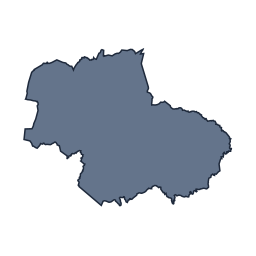 outline of Cotija, Michoacán, Mexico, rotated 276°
{"feature_id": "50627088B95001723612139", "entity_name": "Cotija", "entity_type": "district", "adm_level": 2, "iso_a3": "MEX", "parent_name": "Mexico", "parent_adm1": "Michoacán", "projection": "albers", "projection_center": [-102.699, 19.751], "detail": "fine", "context": "isolated", "style": "filled", "palette": "slate", "viewbox_px": 256, "rotation_deg": 276, "n_neighbors": 0, "source": "geoboundaries", "source_scale": "gbopen_adm2", "svg_char_len": 5739}
<svg xmlns="http://www.w3.org/2000/svg" viewBox="0 0 256 256"><g transform="rotate(276 128 128)"><path d="M115.6,232.5L116.8,232.4L117.3,232.8L118.4,232.9L118.5,232.5L118.1,231.5L118.4,231.2L119.9,231.0L120.6,231.4L121.3,231.4L122.0,231.2L122.8,230.3L124.3,230.9L125.4,231.1L127.1,230.7L127.9,231.3L128.2,230.0L129.1,230.1L129.7,229.7L133.6,225.9L133.7,225.0L134.3,224.6L134.2,223.9L135.3,222.9L134.9,221.5L135.3,221.2L136.2,221.5L137.0,220.8L138.2,220.9L138.8,219.1L140.1,219.0L140.2,217.4L140.9,216.9L140.9,215.0L141.9,215.1L143.8,213.9L144.0,212.3L144.5,211.9L143.8,210.4L144.1,210.0L143.1,206.5L144.1,205.6L144.5,204.8L145.5,204.7L145.5,204.3L144.9,203.5L146.1,202.2L146.1,201.4L148.1,199.5L148.6,199.7L149.3,198.5L149.1,198.2L149.3,197.9L150.6,196.6L150.4,195.4L151.5,194.4L151.1,193.2L151.2,192.6L151.6,192.0L151.4,189.8L150.8,189.1L150.8,188.3L150.2,187.8L150.1,187.0L150.5,186.2L151.1,185.9L150.8,185.6L150.6,185.1L150.9,184.8L150.9,184.1L151.7,181.9L151.3,180.4L152.1,180.1L153.1,179.3L153.4,178.8L153.6,177.8L153.3,176.5L152.4,175.8L152.3,175.4L152.5,174.7L152.1,174.3L152.1,173.4L151.7,172.1L151.7,170.5L152.8,168.7L153.6,168.0L154.6,167.7L158.4,161.6L158.0,161.4L157.5,160.7L157.1,159.5L157.1,157.8L155.4,156.5L154.3,154.7L153.7,152.6L153.6,150.0L153.3,149.3L154.3,149.0L158.4,149.0L159.4,148.8L160.7,149.5L161.7,149.3L162.2,148.5L164.7,146.7L165.3,145.3L165.7,143.5L166.9,143.3L168.8,144.0L169.7,144.2L171.2,143.8L192.6,134.8L193.8,134.5L203.7,135.8L202.9,132.7L206.0,133.8L207.3,134.6L207.8,134.7L206.6,132.8L202.7,127.7L204.8,126.6L206.5,124.0L206.4,122.1L204.9,119.2L204.9,113.9L205.4,114.0L202.6,112.4L201.2,110.8L201.2,109.4L200.3,107.4L198.1,104.7L198.5,100.8L196.9,96.8L197.4,96.8L197.3,96.0L202.7,95.7L203.2,93.9L202.5,93.1L200.4,92.6L199.9,92.3L199.3,91.3L193.0,89.3L193.0,88.9L193.6,87.4L194.0,86.8L194.4,86.5L192.6,86.2L192.4,85.4L191.9,84.7L192.2,84.5L191.8,84.0L191.5,82.8L192.2,82.4L192.4,81.7L193.2,80.8L193.2,80.2L193.7,79.9L193.7,79.1L194.2,77.5L194.2,77.2L193.1,76.9L193.4,76.1L193.2,74.8L191.7,74.7L191.7,74.3L190.7,73.6L190.6,72.9L189.2,72.9L187.8,71.5L187.8,71.2L187.0,70.9L185.4,69.8L181.8,68.1L180.0,67.7L183.5,65.6L183.4,63.9L183.8,62.9L184.6,61.8L185.0,60.6L186.0,59.6L186.2,58.9L186.4,56.3L188.3,50.1L185.2,45.4L183.9,42.7L184.2,41.7L184.0,41.4L184.9,40.8L184.8,40.6L183.7,40.5L183.7,39.4L183.4,38.5L183.7,37.7L183.5,37.1L181.9,36.1L176.3,28.5L175.7,28.7L174.8,27.6L173.3,26.4L163.0,24.4L154.0,23.6L152.0,24.2L146.9,23.4L146.0,23.1L146.0,24.2L145.7,24.6L145.7,28.1L145.2,31.0L145.2,33.5L144.6,34.3L144.9,35.0L143.7,35.8L141.9,36.2L140.6,35.4L136.0,36.7L127.2,35.3L122.7,33.9L120.0,33.6L117.2,32.6L116.3,25.8L105.7,25.8L104.9,31.8L102.8,33.7L100.1,35.0L100.3,35.4L98.8,38.3L98.4,39.8L101.6,42.1L103.4,42.7L103.0,44.4L103.2,45.0L104.0,45.3L104.1,46.0L103.3,46.8L102.9,47.6L103.3,49.2L103.3,52.5L103.8,53.4L104.5,54.1L105.3,55.5L106.3,56.6L106.3,57.5L106.0,57.9L104.5,59.2L103.7,59.4L103.7,60.0L103.1,61.2L103.2,61.6L97.9,63.4L93.9,70.4L92.9,70.4L92.2,70.8L91.5,70.5L91.3,70.7L92.2,71.6L92.4,72.1L93.8,72.1L94.5,73.5L94.2,73.8L94.5,74.2L95.2,74.2L95.1,74.4L95.6,74.6L96.6,74.9L96.8,75.2L96.7,77.1L98.0,78.4L97.6,79.0L99.2,80.0L100.5,82.1L100.3,82.8L100.4,83.4L98.8,83.3L98.7,83.8L97.0,84.5L97.0,85.0L96.6,86.0L96.4,85.8L95.1,86.0L93.8,85.4L93.5,85.5L93.3,84.5L93.1,84.4L92.7,84.9L91.4,85.0L90.8,84.8L90.3,85.0L90.1,84.6L88.2,87.4L87.7,87.8L87.6,88.8L86.3,88.5L85.2,87.3L83.8,87.9L82.2,87.9L81.3,87.3L80.6,87.7L80.1,87.3L80.2,87.2L78.7,86.6L77.4,85.5L74.7,85.6L73.9,84.8L73.3,85.4L72.8,85.3L72.0,84.6L71.6,84.0L70.7,83.6L70.1,83.9L69.2,84.9L68.4,85.0L65.9,84.5L65.6,84.7L65.6,85.2L64.6,85.5L48.2,109.5L52.6,110.9L53.2,112.3L53.0,114.0L52.2,116.6L52.3,117.6L52.9,119.1L55.0,121.4L55.3,122.3L54.8,123.1L54.0,123.2L53.1,124.6L51.5,126.4L51.3,127.1L50.1,127.6L49.9,128.1L50.3,128.9L51.6,129.1L52.8,128.9L53.7,128.3L55.5,127.9L57.5,126.8L58.3,127.4L58.2,129.5L58.4,130.3L59.2,130.8L59.2,131.2L58.7,131.1L58.3,131.9L57.2,132.0L56.4,132.6L56.0,133.2L54.9,133.6L54.4,133.8L53.9,135.1L55.8,135.7L56.4,135.8L56.7,136.8L57.7,137.0L57.4,137.9L57.8,138.1L57.4,138.6L57.7,139.5L59.1,140.6L62.0,143.6L63.6,143.9L63.8,144.6L64.3,145.1L64.7,145.9L64.5,148.1L64.8,149.1L66.0,151.3L67.3,152.6L68.5,153.3L69.5,154.2L69.7,154.7L70.2,154.8L70.0,156.9L70.4,157.1L70.5,157.5L70.3,157.8L71.1,157.8L72.5,158.5L72.6,159.0L73.6,160.5L73.6,162.3L73.3,162.8L73.0,162.9L72.6,163.9L71.9,164.7L72.0,165.1L72.6,165.6L72.5,166.8L70.5,167.1L67.4,169.8L67.7,170.5L67.5,170.8L65.9,171.5L67.0,172.6L64.3,173.6L64.1,174.0L63.8,174.1L63.6,174.5L63.7,174.9L63.0,175.7L62.8,177.8L62.4,178.6L61.3,178.9L60.6,178.8L58.0,179.9L57.2,180.9L57.6,181.4L58.5,181.4L59.5,180.9L60.6,180.8L60.8,181.4L60.5,181.9L61.1,182.1L61.8,181.5L63.6,182.0L65.1,181.6L65.8,181.1L66.6,182.0L66.2,183.1L65.6,183.7L66.6,185.6L66.4,187.7L65.8,188.7L65.4,190.2L65.4,191.7L66.1,192.6L65.7,194.9L65.9,195.6L67.6,195.7L69.2,196.9L70.5,196.2L71.2,196.6L71.0,197.2L69.1,198.4L69.0,199.3L70.1,199.8L71.8,199.9L72.6,200.4L72.6,201.0L71.7,202.6L72.4,203.2L73.5,202.1L74.2,202.0L74.4,202.7L74.2,204.9L74.5,206.0L75.0,206.3L75.2,207.5L75.9,209.1L76.0,210.5L75.7,211.8L75.7,212.6L76.0,213.0L76.5,213.2L76.6,213.5L77.6,214.3L79.6,213.9L80.7,213.4L82.3,213.6L82.6,213.4L86.4,213.6L86.7,213.9L87.6,215.5L89.8,215.7L89.9,216.1L91.0,216.9L90.9,217.4L90.1,218.0L89.9,219.0L91.0,218.8L91.4,219.2L91.3,220.6L93.9,222.5L95.0,223.9L101.8,222.3L106.2,223.2L107.3,223.7L107.4,224.5L109.0,223.6L109.3,224.4L109.2,225.8L110.6,225.7L111.1,225.9L111.9,225.4L112.5,225.3L112.9,226.0L113.3,225.8L113.8,226.2L112.3,227.4L112.8,228.7L113.0,228.9L114.6,228.7L114.8,229.2L114.2,229.9L114.4,230.2L115.5,230.4L115.6,230.7L115.4,231.6L115.6,232.5Z" fill="#64748b" stroke="#1e293b" stroke-width="1.5"/></g></svg>